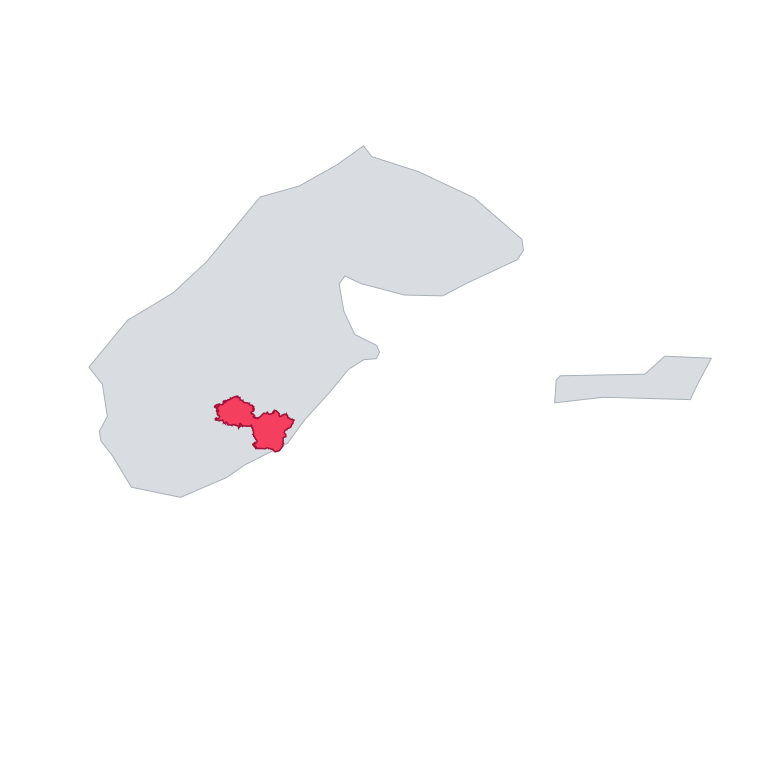 Qalqiliya, West Bank, Palestine (highlighted), rotated 226°
{"feature_id": "87354302B40414204592822", "entity_name": "Qalqiliya", "entity_type": "district", "adm_level": 2, "iso_a3": "PSE", "parent_name": "Palestine", "parent_adm1": "West Bank", "projection": "orthographic", "projection_center": [35.101, 32.181], "detail": "fine", "context": "in_parent", "style": "filled", "palette": "rose", "viewbox_px": 768, "rotation_deg": 226, "n_neighbors": 0, "source": "geoboundaries", "source_scale": "gbopen_adm2", "svg_char_len": 6594}
<svg xmlns="http://www.w3.org/2000/svg" viewBox="0 0 768 768"><g transform="rotate(226 384 384)"><path d="M601.1,183.5L608.0,243.8L596.1,295.5L595.2,340.8L604.6,424.8L585.3,460.6L574.3,502.7L569.6,534.6L555.9,533.2L512.8,556.3L455.5,578.1L392.2,583.7L383.3,577.2L380.8,566.2L399.3,512.8L406.5,487.6L433.8,460.5L472.5,437.0L488.9,431.0L487.0,421.0L463.9,405.5L439.9,397.4L417.0,405.5L409.9,402.9L407.5,396.1L415.5,386.4L419.2,368.5L415.7,338.5L413.3,301.9L408.4,273.6L422.5,227.6L426.1,205.7L443.8,158.9L485.2,130.6L520.9,138.8L539.7,140.8L547.7,146.3L552.9,162.5L579.4,181.2L601.1,183.5ZM251.9,493.7L267.1,510.4L267.5,516.5L209.8,578.5L209.0,605.3L175.1,637.4L164.6,605.2L160.0,593.5L222.3,532.3L251.9,493.7Z" fill="#d9dde1" stroke="#a8b0b8" stroke-width="1"/><path d="M425.0,248.5L424.3,249.5L423.1,250.6L421.9,251.9L420.8,252.7L419.8,253.8L419.6,254.8L419.1,255.8L418.4,256.1L417.7,256.1L417.1,257.0L416.6,257.3L415.5,257.5L415.0,258.2L414.6,258.5L413.9,258.6L413.1,258.3L411.4,258.5L410.8,258.7L410.5,259.0L410.2,259.5L408.8,262.2L409.3,266.1L409.4,266.3L409.5,267.2L409.6,268.0L410.3,268.8L411.1,268.9L411.1,270.6L412.0,270.5L413.1,271.5L413.1,272.0L414.4,273.0L415.3,274.3L415.3,274.9L414.6,276.0L414.3,276.9L416.0,278.3L417.0,278.2L418.3,278.4L419.5,280.8L419.1,282.2L418.6,282.3L419.0,283.9L418.0,285.4L417.9,286.9L418.1,288.0L419.0,289.6L419.0,291.2L419.9,292.1L420.4,293.0L420.4,294.2L420.7,294.2L421.3,293.6L422.4,293.3L422.5,293.4L422.8,292.7L423.0,292.6L423.1,292.4L423.6,292.4L423.7,292.2L424.1,292.0L424.6,292.1L425.2,292.4L425.6,292.0L425.9,292.0L426.5,291.5L427.1,291.7L427.6,292.3L427.9,292.4L428.4,292.3L428.6,292.6L428.8,292.5L429.5,292.7L429.6,292.8L429.9,292.9L430.3,293.0L430.2,292.8L430.3,292.1L430.6,291.9L430.6,291.7L431.1,291.8L431.7,290.8L432.5,288.8L432.1,288.6L432.1,288.3L432.5,288.3L432.6,288.1L432.5,287.5L432.7,286.8L432.8,286.6L433.2,286.3L435.0,287.3L435.4,288.0L438.2,288.0L438.5,287.8L439.1,287.9L439.8,287.8L441.0,287.2L441.3,286.8L441.2,286.4L441.0,285.9L440.8,285.8L440.8,285.6L440.1,285.5L440.1,285.2L440.5,284.9L440.9,285.0L441.0,284.5L440.8,284.4L440.6,284.0L439.9,284.0L440.2,283.4L440.5,283.3L441.0,281.5L441.4,281.5L441.5,281.1L441.4,281.0L442.4,280.0L444.7,280.6L444.9,280.4L444.7,278.9L444.7,278.3L446.5,277.4L446.6,275.6L446.4,271.6L446.8,270.9L446.9,270.3L447.5,269.8L447.5,269.4L446.9,269.4L446.9,268.9L448.1,268.7L448.6,268.0L448.6,267.8L449.0,267.9L449.1,268.2L449.4,268.0L449.3,267.9L450.4,266.8L450.5,267.0L450.8,266.9L451.2,267.2L451.1,267.4L451.4,267.8L451.5,268.3L451.5,268.5L451.2,268.8L453.2,269.0L453.4,268.6L454.7,268.5L454.8,267.8L455.2,267.9L455.8,268.5L456.0,268.7L456.0,269.1L455.4,270.6L455.3,271.5L455.7,271.5L455.7,272.0L456.1,271.9L456.9,272.2L456.8,272.5L456.3,272.7L456.0,272.9L456.1,273.0L456.5,273.4L457.7,273.2L458.0,274.4L459.0,273.8L459.1,274.3L460.1,274.4L460.1,274.2L460.6,274.1L461.4,273.3L463.2,273.0L463.6,273.8L464.1,273.2L465.3,272.6L465.8,272.1L465.9,271.7L466.2,271.5L466.4,271.6L466.7,271.4L466.8,271.4L467.1,271.2L467.3,270.9L467.6,270.9L467.9,270.5L469.2,270.3L469.8,270.6L470.1,271.0L470.2,270.7L471.0,270.5L471.3,270.2L472.6,269.5L474.4,271.0L474.6,270.6L475.0,270.3L475.8,270.1L475.9,269.9L476.3,269.8L476.2,269.5L476.6,269.6L476.8,270.2L477.2,270.0L477.5,269.8L477.7,268.8L477.6,268.6L478.2,268.5L478.3,268.3L478.2,268.0L479.2,266.4L479.3,265.6L479.1,265.0L479.5,264.4L479.8,264.4L480.6,263.8L479.7,263.2L480.1,262.5L480.0,262.3L480.3,261.5L480.7,261.2L480.6,260.8L481.2,260.4L481.0,259.9L480.8,259.9L480.8,259.7L481.4,259.0L481.3,258.9L481.3,258.4L481.5,258.4L481.0,257.9L481.6,257.3L481.1,256.9L481.3,256.8L481.6,257.0L481.6,256.6L481.8,256.4L481.9,256.9L482.5,257.8L482.7,257.4L482.4,256.8L482.3,256.6L481.6,255.4L481.8,255.3L482.5,256.5L483.1,256.6L483.0,256.1L482.5,255.6L481.6,254.9L481.6,254.7L481.4,254.5L481.6,254.4L481.6,254.2L481.4,253.7L481.8,252.7L482.1,252.4L482.2,252.1L482.5,252.1L482.7,252.3L483.8,251.6L483.6,251.4L483.6,251.1L483.3,250.6L483.5,250.6L483.2,250.0L483.3,250.0L483.0,249.1L483.3,249.0L483.7,250.5L484.1,251.1L484.4,250.3L485.1,249.8L485.5,248.5L485.5,247.9L485.8,247.3L485.5,246.5L485.2,246.5L485.1,246.8L485.2,247.0L484.7,246.9L484.7,246.2L484.0,246.4L484.1,247.1L483.5,247.1L483.2,247.4L483.3,248.4L483.0,248.5L482.8,248.2L482.7,247.7L482.4,247.5L482.6,247.3L482.8,246.7L482.1,246.6L481.7,246.0L481.4,245.9L480.7,246.2L480.8,246.4L480.7,246.6L479.9,246.4L480.1,246.0L479.4,245.7L479.6,245.4L479.9,245.5L480.2,245.1L480.6,245.2L480.6,245.3L481.0,245.5L481.3,245.4L481.2,245.0L481.0,244.7L480.5,244.6L480.0,245.1L479.5,245.2L479.1,244.9L479.3,244.6L479.4,244.4L479.2,244.1L478.3,243.8L478.3,243.2L477.3,242.9L477.0,243.1L476.8,243.2L476.4,242.9L476.2,243.4L475.9,243.3L475.6,243.5L474.9,243.3L474.6,243.1L474.1,241.4L474.3,240.8L474.4,240.6L475.1,240.1L476.0,239.9L476.0,239.7L475.8,239.3L476.0,239.4L476.3,238.8L475.7,238.6L475.8,238.2L475.1,237.8L474.5,238.3L474.4,238.5L474.5,238.5L474.2,238.8L474.1,239.2L473.6,239.2L473.5,239.4L472.9,239.6L472.0,239.7L471.9,239.9L472.0,240.2L471.1,241.4L470.1,242.2L470.0,242.9L468.1,242.2L467.7,241.7L467.7,242.0L467.4,241.9L466.9,242.1L466.1,242.1L465.8,242.4L465.3,242.4L465.6,243.1L466.0,243.1L466.0,243.6L466.2,243.8L466.0,244.1L465.9,244.2L465.0,244.2L464.6,244.3L464.1,244.2L463.6,243.7L463.4,243.3L463.1,243.8L462.3,243.8L461.8,244.7L461.4,245.0L461.3,245.3L460.4,245.4L459.6,245.8L459.9,246.3L459.9,247.3L458.7,247.7L458.6,248.0L458.4,248.5L457.5,248.4L457.4,248.8L456.8,248.9L456.4,249.3L454.9,249.8L454.2,249.5L453.3,248.8L453.6,250.8L454.8,251.2L454.8,251.8L455.5,252.3L455.6,253.2L454.5,253.3L454.4,252.7L453.3,251.9L453.1,253.0L452.5,252.8L452.1,252.6L451.8,252.7L452.2,253.7L451.1,254.0L450.7,254.6L450.4,254.9L449.4,255.5L448.6,256.2L447.9,257.4L447.0,257.8L446.5,258.3L446.4,258.8L446.5,258.8L446.7,259.6L446.3,260.0L445.9,259.9L445.7,259.3L444.7,259.0L444.0,258.5L443.5,258.7L443.3,258.9L443.0,258.9L442.5,258.2L442.3,257.9L442.0,257.8L441.8,257.5L441.5,257.6L441.2,257.4L439.0,256.0L438.5,255.2L438.8,254.7L437.9,254.7L437.2,254.3L436.9,254.0L436.6,254.3L436.2,254.5L435.7,254.2L435.4,253.8L435.2,253.6L434.1,253.7L433.5,253.3L432.1,253.4L431.0,253.0L430.7,252.7L430.6,252.2L430.8,251.2L430.6,250.6L431.4,250.9L431.8,250.0L431.6,249.5L431.1,249.7L431.6,248.7L431.1,248.7L431.6,247.9L431.6,247.6L430.8,247.3L430.4,247.4L430.0,247.4L429.8,247.8L429.4,247.7L429.6,247.3L429.2,247.3L428.9,247.6L428.5,247.4L428.5,247.7L428.2,247.7L427.3,247.3L427.4,247.5L428.5,247.9L428.4,248.4L427.6,248.4L427.3,247.9L426.1,247.6L425.7,248.6L425.4,248.6L425.0,248.5Z" fill="#f43f5e" stroke="#9f1239" stroke-width="1.5"/></g></svg>